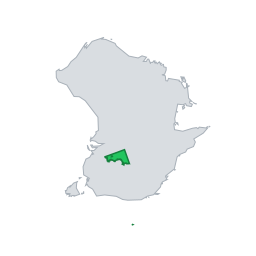 location of Unincorporated NSW, New South Wales, Australia, rotated 73°
{"feature_id": "25037944B59579883363479", "entity_name": "Unincorporated NSW", "entity_type": "district", "adm_level": 2, "iso_a3": "AUS", "parent_name": "Australia", "parent_adm1": "New South Wales", "projection": "orthographic", "projection_center": [147.013, -31.429], "detail": "fine", "context": "in_parent", "style": "filled", "palette": "green", "viewbox_px": 256, "rotation_deg": 73, "n_neighbors": 0, "source": "geoboundaries", "source_scale": "gbopen_adm2", "svg_char_len": 5347}
<svg xmlns="http://www.w3.org/2000/svg" viewBox="0 0 256 256"><g transform="rotate(73 128 128)"><path d="M154.9,57.5L157.7,68.3L161.1,67.7L164.9,70.8L165.5,77.6L167.8,79.9L168.4,86.2L170.0,89.5L180.7,95.7L184.7,105.9L185.9,106.5L186.2,104.7L188.4,106.6L188.8,105.7L189.6,110.9L191.0,112.5L193.9,114.2L199.3,123.2L198.8,129.1L200.5,136.3L197.0,149.3L194.8,154.0L189.9,159.2L185.2,169.9L183.9,177.9L176.1,179.7L172.3,183.1L169.9,183.5L170.6,185.4L166.8,182.6L167.3,181.9L167.1,181.2L166.4,181.2L165.1,182.4L164.2,181.7L165.7,180.5L164.8,179.6L159.9,184.1L151.9,182.3L145.4,177.3L144.8,173.2L141.6,169.6L142.9,169.7L142.8,168.5L138.6,170.0L139.6,167.1L137.6,163.2L136.5,167.9L133.4,168.7L133.8,167.1L135.2,166.9L136.8,160.4L135.8,155.7L134.1,160.9L131.1,163.1L129.3,166.3L129.8,167.8L128.5,167.7L126.3,166.2L127.6,166.1L126.3,163.2L124.0,160.1L122.3,159.9L121.7,157.0L108.9,153.6L89.4,160.9L83.8,165.5L82.1,170.4L69.0,173.9L63.5,180.8L58.8,181.8L52.7,180.1L51.6,176.7L53.0,176.9L53.5,174.5L51.6,167.6L47.9,163.1L45.3,156.8L35.8,145.3L38.5,145.9L36.1,142.3L37.7,144.3L39.6,144.5L34.7,137.0L34.3,124.5L35.3,127.1L36.8,123.4L43.3,115.6L46.1,115.1L59.5,106.1L64.0,97.8L63.1,93.5L65.7,89.6L68.8,93.9L69.7,90.9L67.9,89.3L68.2,88.0L73.3,87.7L71.6,87.6L72.5,85.4L71.4,83.9L74.0,83.1L72.9,82.0L75.1,81.3L74.2,79.7L75.9,77.2L76.2,78.4L77.7,77.9L77.6,75.5L80.0,75.9L81.2,73.8L83.8,74.6L87.3,77.3L87.0,80.0L89.0,77.1L93.8,78.0L94.6,76.4L92.4,74.8L97.3,65.0L98.4,65.4L100.2,62.9L100.9,63.8L106.6,62.3L106.3,60.2L102.4,59.1L103.0,58.5L117.2,61.3L121.2,59.2L120.3,61.0L122.0,61.8L124.1,59.5L126.0,61.1L123.9,65.3L121.5,65.9L121.8,68.7L119.7,73.5L132.8,80.6L136.3,81.1L137.5,83.0L143.2,84.0L147.1,76.6L147.1,66.2L147.7,62.3L149.1,61.3L148.0,59.6L151.4,52.0L154.9,57.5ZM164.5,192.7L170.3,195.0L177.2,193.5L177.5,200.0L177.1,198.8L176.4,200.2L176.2,204.4L173.8,202.6L172.4,206.5L169.5,206.2L170.0,205.1L167.5,203.3L166.4,200.1L167.5,200.6L164.8,196.1L164.5,192.7ZM95.8,59.6L99.8,59.0L101.1,59.9L98.6,62.5L95.8,59.6ZM132.4,171.9L138.5,171.2L136.0,172.4L132.4,171.9ZM125.2,67.8L126.1,70.0L123.6,69.8L123.9,68.2L125.2,67.8ZM198.9,122.2L198.9,119.5L199.9,117.4L200.3,119.0L198.9,122.2ZM175.6,188.9L177.5,189.4L177.6,190.3L175.6,188.9ZM95.5,60.3L97.0,62.3L94.5,62.5L95.5,60.3ZM162.3,189.4L161.2,189.2L161.7,187.6L162.3,189.4ZM139.4,79.1L138.2,79.9L136.9,80.4L137.5,79.0L139.4,79.1ZM35.7,144.7L34.6,143.7L34.2,142.6L34.3,142.5L35.7,144.7ZM177.2,191.2L177.9,191.8L176.5,191.3L177.2,191.2ZM190.5,111.2L191.4,111.3L191.3,112.4L190.5,111.2ZM168.7,86.1L169.8,86.8L169.6,87.2L168.7,86.1ZM173.8,204.9L173.9,206.0L173.2,205.6L173.8,204.9ZM200.1,130.2L200.1,131.6L200.1,130.2ZM106.0,58.0L105.3,57.5L105.7,57.2L106.0,58.0ZM124.9,56.0L123.9,57.2L125.0,55.2L124.9,56.0ZM200.3,128.4L199.8,128.9L200.2,128.4L200.3,128.4ZM127.2,76.2L126.7,76.4L126.9,75.9L127.2,76.2ZM123.2,67.9L122.5,68.1L122.9,67.4L123.2,67.9ZM38.5,117.2L38.5,118.2L38.2,118.2L38.5,117.2ZM150.2,51.5L150.2,52.3L149.9,51.8L150.2,51.5ZM166.4,181.6L166.5,182.0L166.3,181.9L166.4,181.6ZM123.7,57.5L122.4,58.4L123.7,57.3L123.7,57.5ZM74.2,78.5L73.7,79.2L74.0,78.5L74.2,78.5ZM174.2,204.2L173.8,204.4L174.0,204.0L174.2,204.2ZM138.9,81.9L138.1,81.9L138.5,81.4L138.9,81.9ZM72.0,83.1L71.7,83.5L71.6,82.8L72.0,83.1ZM176.9,202.0L176.4,202.3L176.6,201.7L176.9,202.0ZM150.6,49.5L150.6,50.0L150.2,49.8L150.6,49.5ZM166.1,182.2L166.6,182.7L165.8,182.6L166.1,182.2ZM182.0,95.6L181.5,95.7L181.7,95.1L182.0,95.6ZM185.8,104.6L185.5,104.6L185.7,104.1L185.8,104.6ZM164.7,192.0L164.6,192.4L164.5,191.9L164.7,192.0Z" fill="#d9dde1" stroke="#a8b0b8" stroke-width="1"/><path d="M161.9,137.1L147.7,137.7L148.8,158.4L149.9,158.4L150.1,158.4L150.1,158.5L150.3,156.6L151.0,156.7L151.0,157.1L152.9,157.3L152.8,157.0L153.2,157.0L153.5,157.1L153.8,157.1L154.0,157.0L153.9,157.0L153.9,156.9L154.0,156.9L154.1,156.7L154.3,156.5L154.2,156.5L154.2,156.4L154.2,156.2L154.1,155.9L154.2,156.0L154.2,155.9L154.1,155.7L154.2,155.4L153.6,155.4L153.7,154.9L153.6,154.7L153.2,154.6L153.1,154.4L153.1,154.2L153.0,153.8L153.0,153.5L153.6,153.6L153.6,153.4L153.7,153.2L153.8,153.1L153.8,152.8L154.0,152.8L154.1,152.7L154.0,152.3L154.6,151.7L155.3,151.1L155.2,151.0L155.4,150.8L155.5,150.8L155.7,151.0L155.8,151.0L155.9,150.8L155.8,150.7L156.0,150.5L156.1,150.4L155.8,150.1L155.8,149.9L155.7,149.9L155.8,149.7L155.4,149.4L155.3,148.5L155.4,147.2L154.7,147.3L154.7,146.9L155.3,146.9L155.3,146.0L155.3,145.5L155.3,145.0L155.7,145.0L155.7,144.3L156.4,144.3L156.4,143.6L157.5,143.5L158.3,143.5L158.4,143.2L160.1,143.3L160.6,143.3L160.5,143.5L160.9,143.5L160.8,143.8L160.9,144.0L161.0,143.9L161.2,143.7L161.8,143.1L161.2,143.1L161.3,142.3L160.6,142.2L160.8,142.1L160.9,141.9L160.9,141.7L160.9,141.4L160.9,141.2L160.8,140.9L160.9,140.7L160.9,140.4L161.0,140.4L161.1,140.2L161.3,140.1L161.3,139.9L161.5,139.9L161.5,139.7L161.8,139.5L161.8,139.4L162.0,139.3L162.0,139.2L162.0,138.9L162.0,138.7L162.1,138.4L162.2,138.2L162.3,137.9L162.2,137.9L162.2,137.7L161.9,137.6L161.7,137.5L161.7,137.4L161.8,137.3L161.8,137.2L161.9,137.1ZM150.1,151.6L150.1,151.4L150.7,151.3L150.7,151.5L150.7,151.9L150.4,151.9L150.4,152.0L150.3,151.9L150.1,151.9L150.1,151.6ZM221.6,151.8L221.7,152.0L221.8,152.0L221.7,152.0L221.8,152.0L221.8,151.9L221.8,152.0L221.8,151.9L221.7,151.9L221.8,151.9L221.7,151.9L221.7,151.7L221.6,151.8L221.6,151.8Z" fill="#22c55e" stroke="#15803d" stroke-width="1.5"/></g></svg>